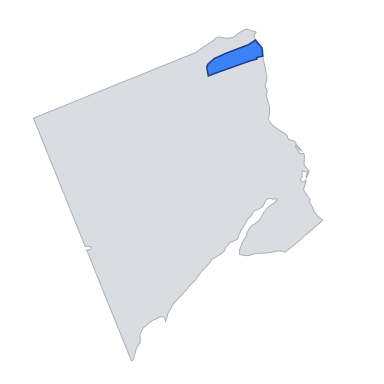 location of Sidi Barani, Matruh, Egypt, rotated 68°
{"feature_id": "37247803B34514127980105", "entity_name": "Sidi Barani", "entity_type": "district", "adm_level": 2, "iso_a3": "EGY", "parent_name": "Egypt", "parent_adm1": "Matruh", "projection": "mercator", "projection_center": [25.953, 30.453], "detail": "fine", "context": "in_parent", "style": "filled", "palette": "blue", "viewbox_px": 384, "rotation_deg": 68, "n_neighbors": 0, "source": "geoboundaries", "source_scale": "gbopen_adm2", "svg_char_len": 3818}
<svg xmlns="http://www.w3.org/2000/svg" viewBox="0 0 384 384"><g transform="rotate(68 192 192)"><path d="M326.0,311.4L318.8,311.4L311.5,311.4L304.3,311.4L297.1,311.4L289.9,311.4L282.6,311.4L275.4,311.4L268.2,311.4L261.0,311.4L253.7,311.4L246.5,311.4L239.3,311.4L232.1,311.4L224.8,311.4L217.6,311.4L210.4,311.4L206.3,311.4L207.0,309.3L207.4,307.8L206.9,306.7L205.5,306.5L204.6,306.8L202.4,311.2L201.3,311.4L198.7,311.4L190.3,311.4L181.9,311.4L173.5,311.4L165.1,311.4L156.7,311.4L148.2,311.4L139.8,311.4L131.4,311.4L123.0,311.4L114.6,311.4L106.2,311.4L97.8,311.4L89.4,311.4L80.9,311.4L72.5,311.4L64.1,311.4L64.1,306.0L64.1,300.7L64.1,295.3L64.1,290.0L64.1,284.6L64.1,279.2L64.1,273.8L64.1,268.4L64.1,263.0L64.1,257.6L64.1,252.2L64.1,246.7L64.1,241.3L64.1,235.8L64.1,230.4L64.1,224.9L64.1,219.4L64.1,213.9L64.1,208.4L64.1,202.9L64.1,197.3L64.1,191.8L64.1,186.2L64.1,180.7L64.1,175.1L64.1,169.5L64.1,163.9L64.1,158.3L64.1,152.7L64.1,147.1L64.1,141.4L64.1,135.8L63.9,134.7L62.7,130.8L61.6,125.9L60.4,119.9L60.2,117.9L58.2,111.7L58.0,109.9L58.5,108.7L61.9,103.4L62.9,100.8L63.7,97.7L64.0,95.2L63.0,91.4L61.9,87.9L61.5,84.4L61.3,80.9L63.0,78.5L65.0,76.2L65.8,74.9L67.0,73.3L67.9,72.6L69.5,75.7L73.0,76.3L84.2,73.5L96.6,76.3L103.5,77.4L114.1,79.7L120.5,84.0L122.3,84.5L126.9,84.5L129.9,87.0L142.0,88.2L148.4,90.9L152.0,93.2L154.2,93.8L156.2,93.7L158.8,92.9L162.1,91.3L165.7,89.2L173.1,83.6L175.8,82.6L177.5,82.9L179.6,82.8L180.4,81.3L181.5,80.3L182.2,79.1L183.4,77.7L187.2,77.3L195.0,74.9L194.1,76.0L187.1,78.7L190.1,79.1L193.2,78.1L196.7,77.6L197.4,76.4L197.8,74.2L198.5,73.9L201.0,74.3L208.2,77.7L210.0,77.7L215.2,75.9L216.3,75.5L217.9,76.5L221.7,80.7L220.4,80.6L216.3,77.0L216.0,78.8L213.7,81.9L216.5,83.3L218.9,83.8L220.2,85.5L220.9,87.1L223.3,86.4L224.9,84.3L224.1,83.1L223.5,81.9L224.2,81.9L225.8,82.9L230.4,86.9L232.0,87.7L233.8,87.6L237.5,86.5L238.6,86.6L243.6,85.2L244.2,86.2L245.0,87.3L249.1,86.1L255.4,86.1L260.6,84.8L266.6,81.7L267.1,81.2L267.4,82.0L268.2,84.1L270.0,89.6L271.6,93.9L273.5,99.8L274.2,102.1L274.4,103.7L277.3,110.2L278.9,115.5L280.2,119.8L281.9,126.1L282.7,128.3L281.4,129.4L279.0,133.5L276.3,146.4L272.6,156.5L272.2,162.7L271.6,165.0L269.8,168.2L267.6,171.3L263.7,169.7L257.5,164.2L253.8,159.0L249.9,155.7L246.2,151.2L245.2,148.0L245.2,145.9L243.6,140.9L242.4,138.5L237.9,133.1L236.6,130.2L235.6,129.0L234.6,127.2L233.0,120.2L231.2,115.7L229.1,116.9L229.5,118.8L227.7,121.4L226.6,124.4L227.5,126.9L231.1,130.6L231.9,132.2L232.8,135.7L232.6,140.5L233.2,142.2L236.0,145.7L237.0,147.8L237.6,149.6L238.5,151.3L241.2,154.3L245.2,160.2L248.9,164.1L251.6,166.0L252.8,167.9L253.0,172.8L252.8,175.2L255.2,179.6L256.1,181.8L258.4,183.6L259.4,185.7L260.4,189.0L261.8,198.9L263.8,201.3L270.0,214.2L275.2,222.4L277.7,228.5L281.5,235.8L289.0,252.0L293.5,256.9L295.3,259.7L298.5,261.8L302.0,264.9L298.7,264.6L297.9,264.8L296.7,265.3L296.1,267.2L295.9,268.8L296.3,276.8L297.2,281.0L300.1,288.7L302.3,291.1L303.4,292.6L304.9,293.7L311.9,296.3L315.9,301.9L325.1,309.0L326.0,310.9L326.0,311.4Z" fill="#d9dde1" stroke="#a8b0b8" stroke-width="1"/><path d="M92.5,75.4L91.9,75.3L91.6,75.2L91.4,75.1L91.2,75.0L90.9,75.0L90.7,74.9L90.4,74.8L90.0,74.7L89.8,74.6L89.7,74.6L89.4,74.5L89.1,74.4L88.9,74.3L88.7,74.2L88.3,74.1L88.2,74.1L87.8,74.0L87.7,74.0L87.7,73.9L87.3,73.9L87.2,73.8L86.9,73.8L86.7,73.8L86.7,73.7L86.4,73.7L86.1,73.6L85.7,73.6L85.2,73.5L85.0,73.4L84.7,73.3L84.3,73.2L84.1,73.3L83.7,73.4L83.3,73.5L82.8,73.6L82.5,73.7L82.1,73.8L81.9,73.9L81.3,74.1L81.0,74.2L80.8,74.3L80.2,74.5L79.2,74.9L78.6,75.1L78.0,75.3L77.6,75.4L77.1,75.6L76.6,75.7L76.3,75.9L76.0,76.0L75.8,76.1L75.5,76.1L75.3,76.2L74.9,76.2L76.6,84.9L76.5,86.6L76.1,107.6L76.6,121.4L79.3,129.1L80.4,130.4L81.6,131.5L90.5,133.4L90.8,121.0L91.4,107.9L92.2,88.9L93.1,82.0L91.5,81.7L92.5,75.4Z" fill="#3b82f6" stroke="#1e3a8a" stroke-width="1.5"/></g></svg>